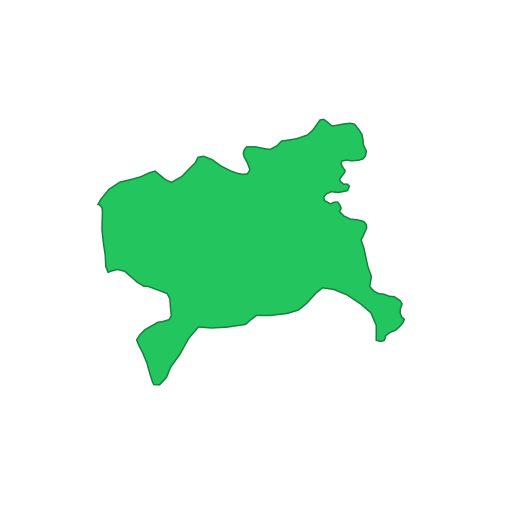 Štip, orthographic projection, rotated 131°
{"feature_id": "MKD-2911", "entity_name": "Štip", "entity_type": "Statistical Region", "adm_level": 1, "iso_a3": "MKD", "parent_name": "North Macedonia", "parent_adm1": "", "projection": "orthographic", "projection_center": [22.131, 41.705], "detail": "fine", "context": "isolated", "style": "filled", "palette": "green", "viewbox_px": 512, "rotation_deg": 131, "n_neighbors": 0, "source": "natural_earth", "source_scale": "10m", "svg_char_len": 2265}
<svg xmlns="http://www.w3.org/2000/svg" viewBox="0 0 512 512"><g transform="rotate(131 256 256)"><path d="M179.7,334.6L173.9,328.0L168.7,318.7L166.1,315.2L159.2,312.5L152.5,312.1L146.1,306.6L144.2,305.1L140.9,302.3L130.8,296.5L123.5,295.7L111.3,296.9L109.1,295.1L108.4,294.5L108.1,289.5L108.1,284.0L105.0,281.3L99.5,277.0L94.0,272.0L91.9,268.1L93.1,261.5L94.6,256.1L97.5,252.2L101.6,247.9L104.5,241.4L108.8,239.0L112.6,239.0L116.4,241.4L121.6,246.4L123.9,250.3L127.9,253.4L130.5,252.6L132.0,249.1L133.2,244.5L136.0,243.7L138.4,243.7L143.3,243.3L144.4,241.0L144.4,237.1L141.9,234.4L141.9,231.3L144.5,230.5L146.6,229.9L147.7,230.6L154.1,235.5L158.1,241.4L162.8,243.6L166.9,243.6L169.3,240.9L167.7,233.9L164.1,232.3L161.7,229.6L162.5,226.3L164.1,223.1L167.7,222.1L168.1,215.6L166.1,208.6L162.5,203.8L159.3,197.4L159.8,193.6L162.1,190.9L165.3,189.9L170.9,188.2L174.9,187.2L179.3,179.7L184.9,172.2L190.6,164.7L195.7,155.5L200.0,152.8L204.4,150.2L205.2,144.3L204.0,138.9L200.8,134.1L198.8,128.7L196.0,125.0L195.2,118.0L196.4,114.2L200.8,112.6L204.4,109.9L206.4,106.2L206.4,102.5L210.1,101.3L215.2,101.3L220.6,102.0L225.1,104.4L229.3,105.6L231.6,105.6L233.8,104.4L235.6,103.8L238.4,105.6L240.2,108.7L240.7,110.0L229.4,119.8L223.5,132.1L223.5,145.3L225.6,161.7L230.3,175.6L236.3,184.8L244.3,186.4L258.3,186.7L268.7,188.4L278.8,194.7L291.6,206.3L300.5,216.6L308.3,218.2L314.5,219.0L328.8,231.3L339.3,242.1L347.3,252.8L362.1,252.8L380.9,248.8L396.1,247.5L406.4,243.9L416.5,244.3L420.1,248.8L418.8,251.8L414.7,258.5L408.4,268.0L403.0,278.8L401.0,284.3L397.7,291.0L392.3,291.9L384.6,291.5L376.8,288.8L370.4,286.6L366.7,283.4L361.0,279.8L356.7,280.7L351.6,286.1L344.9,292.9L342.6,298.3L345.2,305.5L349.6,317.2L352.4,320.8L353.7,328.4L353.7,338.3L353.7,345.1L357.1,351.8L363.2,355.9L365.4,356.8L362.4,362.6L354.3,370.3L345.9,380.2L337.5,389.2L331.1,394.6L324.4,400.0L320.7,403.6L320.0,408.1L320.8,409.1L315.3,410.3L302.0,410.7L289.5,407.2L278.7,399.4L271.5,394.8L263.6,391.3L258.1,387.8L257.8,374.2L255.8,368.0L244.4,364.1L235.1,363.7L225.3,363.0L219.5,364.5L215.1,361.0L212.0,352.1L211.1,341.6L208.4,330.8L205.8,324.2L203.3,319.9L199.8,316.4L194.9,317.1L191.3,323.7L189.0,329.9L186.7,333.1L183.2,334.6L179.7,334.6Z" fill="#22c55e" stroke="#15803d" stroke-width="1.5"/></g></svg>